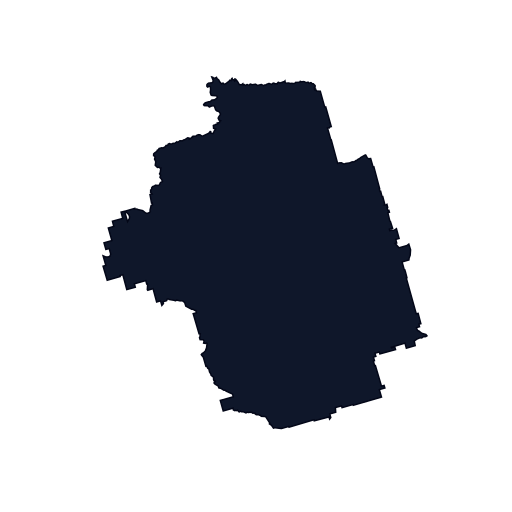 Blayney, New South Wales, Australia, rotated 65°
{"feature_id": "25037944B69063028114827", "entity_name": "Blayney", "entity_type": "district", "adm_level": 2, "iso_a3": "AUS", "parent_name": "Australia", "parent_adm1": "New South Wales", "projection": "robinson", "projection_center": [148.985, -33.617], "detail": "fine", "context": "isolated", "style": "filled", "palette": "ink", "viewbox_px": 512, "rotation_deg": 65, "n_neighbors": 0, "source": "geoboundaries", "source_scale": "gbopen_adm2", "svg_char_len": 6107}
<svg xmlns="http://www.w3.org/2000/svg" viewBox="0 0 512 512"><g transform="rotate(65 256 256)"><path d="M400.6,134.8L398.9,135.2L396.0,138.5L392.7,140.1L392.1,140.9L390.5,141.1L388.7,140.8L389.2,137.7L386.6,137.2L387.0,135.2L376.5,133.3L376.1,135.2L339.4,129.1L339.5,128.4L333.7,127.3L331.4,127.0L331.3,127.5L323.1,126.1L324.2,119.1L322.7,118.2L320.4,115.9L315.7,113.3L309.8,112.5L310.3,114.8L309.0,122.9L303.4,124.6L303.7,123.0L300.0,122.3L300.6,118.9L290.6,117.2L291.0,119.5L290.9,120.6L290.0,122.0L289.6,124.1L288.0,123.8L288.6,120.5L281.5,119.6L280.6,119.9L272.5,118.2L272.7,116.6L270.8,116.3L270.6,117.3L267.4,116.7L267.5,116.1L264.5,115.5L264.7,117.0L264.0,118.0L263.9,117.5L255.7,116.0L255.5,116.7L250.1,115.7L250.0,116.3L247.3,115.9L247.3,115.5L225.0,111.5L224.9,112.3L216.1,110.9L215.8,111.6L215.8,112.5L214.3,113.7L211.7,113.8L211.0,114.1L211.2,113.5L210.6,114.2L211.0,119.5L211.5,121.0L211.4,122.4L211.9,124.2L211.7,125.2L212.1,125.8L211.9,127.2L212.1,127.7L211.3,129.0L211.2,131.9L210.0,135.6L209.9,137.4L207.6,139.2L206.7,141.4L206.6,142.9L182.6,138.7L182.5,139.1L170.1,137.1L170.4,136.1L170.9,135.6L170.2,134.2L170.5,133.1L150.4,129.8L150.3,130.7L148.2,130.5L133.8,128.1L132.5,130.8L131.7,131.5L130.7,131.5L130.3,132.5L129.3,132.6L129.0,131.3L127.8,131.8L127.4,130.8L126.5,130.4L124.1,131.3L123.5,132.4L122.2,132.8L121.9,133.5L122.0,134.9L120.5,135.3L120.0,137.5L118.7,138.3L118.0,139.2L117.4,141.1L116.4,142.1L117.0,143.0L115.4,146.8L116.0,147.6L115.3,149.8L114.7,150.3L114.2,151.9L113.0,153.3L112.0,155.9L111.5,156.3L109.6,155.8L109.9,156.5L109.6,158.0L110.0,158.7L109.6,159.0L109.3,161.4L108.1,162.1L108.0,162.7L109.0,164.2L108.3,164.9L107.9,166.2L106.8,166.7L106.6,167.9L107.1,169.3L105.1,171.3L104.9,174.0L105.2,174.7L104.7,175.8L104.8,177.1L102.8,178.7L102.1,182.5L100.1,183.8L99.2,187.0L97.8,188.4L97.8,188.9L98.5,190.1L96.8,191.6L96.9,193.6L95.6,194.3L95.8,195.4L94.3,195.1L94.7,196.9L93.5,198.7L90.0,199.0L87.0,199.8L86.7,200.3L88.2,200.6L88.5,201.4L87.1,201.5L86.2,202.7L84.9,202.6L85.1,203.2L86.5,204.5L85.6,205.4L86.4,207.0L86.6,208.8L87.0,209.6L87.0,212.3L85.3,212.8L85.4,214.5L82.6,215.3L80.6,215.4L78.7,216.4L77.4,216.3L77.5,218.0L76.8,219.3L75.8,219.6L75.1,220.4L78.7,220.6L80.0,221.4L80.4,222.7L79.3,225.9L79.5,227.2L80.1,228.2L81.6,228.8L82.5,228.4L82.4,226.5L83.6,225.9L86.2,226.9L88.3,228.3L91.1,228.7L91.9,228.1L94.0,224.3L94.9,223.8L96.0,224.0L96.6,225.6L96.9,227.6L96.0,230.1L96.8,232.2L96.2,233.8L95.7,237.3L96.5,239.4L96.9,239.6L97.9,239.3L99.5,236.1L101.3,235.3L101.3,233.0L101.8,231.1L102.8,230.4L106.4,230.8L108.0,230.2L109.3,228.6L112.0,228.1L112.6,228.4L114.5,231.5L115.3,232.1L116.5,231.7L116.8,232.2L117.2,232.0L118.5,230.9L119.0,232.3L119.6,232.7L119.1,234.9L120.2,235.0L119.7,237.1L119.9,238.1L119.6,239.0L119.7,239.5L122.4,240.5L123.9,238.9L125.1,241.1L126.9,243.0L125.6,245.1L124.2,244.5L123.8,244.9L124.8,247.0L124.8,253.7L124.4,254.4L122.4,255.6L121.7,257.0L121.6,258.7L122.0,260.0L120.8,262.5L121.0,263.3L121.7,263.4L121.4,264.2L122.1,266.9L122.0,267.2L120.8,266.8L120.0,268.0L120.5,271.3L120.2,272.8L120.6,273.8L119.4,276.3L119.9,278.4L119.8,279.0L119.0,279.4L119.6,282.1L118.8,283.5L118.8,285.7L117.5,286.9L117.5,288.3L118.4,289.3L117.8,290.8L118.6,292.0L118.8,294.8L118.1,295.5L117.6,298.4L118.5,299.6L118.4,300.7L119.3,301.7L119.7,304.1L120.2,305.6L121.8,306.4L122.6,305.7L123.7,305.7L125.3,307.0L128.2,307.0L131.2,309.0L134.1,307.9L134.6,306.3L135.5,306.0L136.0,305.0L139.7,307.4L140.8,308.7L142.4,308.3L144.2,309.8L146.2,309.2L148.9,309.2L149.1,309.7L149.0,311.1L149.3,311.9L150.7,313.4L150.8,314.6L149.3,317.3L149.6,318.2L149.4,320.4L150.1,321.7L151.2,322.2L151.8,323.7L152.7,323.8L153.5,324.6L155.9,324.0L155.5,326.1L163.8,328.3L163.9,327.6L165.9,328.2L165.9,329.7L169.7,332.7L170.7,332.8L171.6,334.1L171.5,336.1L170.7,337.7L167.0,339.5L163.9,343.5L163.1,344.1L162.4,345.9L161.6,345.7L160.2,354.8L161.6,355.0L164.0,354.0L165.7,353.8L167.3,354.1L168.6,355.0L170.6,357.9L159.9,356.2L159.2,359.7L165.6,360.9L163.8,371.4L169.1,372.4L168.2,378.0L181.1,380.1L179.8,388.2L186.6,389.3L187.2,385.9L193.0,386.9L194.5,388.6L194.4,390.4L193.4,392.5L191.2,394.5L201.1,396.1L200.6,398.9L215.1,401.1L217.2,387.8L216.1,387.7L216.7,384.6L231.8,387.3L233.3,378.6L229.8,378.0L231.7,366.3L235.2,366.9L235.3,366.2L236.3,366.4L240.5,368.7L241.3,368.6L242.1,363.1L255.7,365.5L256.3,361.5L261.0,362.2L260.0,360.0L258.2,359.7L258.7,355.9L257.6,354.8L257.7,353.6L258.7,353.1L261.5,349.0L262.5,348.0L262.4,347.1L262.7,346.6L262.5,346.4L264.5,343.9L265.5,341.6L268.0,340.3L271.8,340.8L277.1,336.8L277.8,335.5L279.4,334.5L279.9,333.6L282.3,334.0L281.7,337.3L302.5,340.5L303.0,339.4L305.9,341.2L306.1,341.7L308.2,342.0L309.7,339.1L311.2,339.0L312.8,340.3L313.9,338.8L313.7,337.9L314.6,337.3L319.2,340.2L319.2,340.7L320.5,341.7L321.5,344.3L321.6,346.0L322.3,347.3L324.5,346.8L324.6,346.4L334.8,348.0L335.0,347.2L337.2,347.2L338.0,346.8L338.1,346.4L341.4,347.1L344.0,346.8L345.1,347.1L348.0,345.7L349.8,346.6L351.2,346.8L351.5,346.7L351.7,345.8L352.6,345.8L353.3,347.7L354.8,347.3L357.8,345.2L359.9,345.4L361.2,343.7L364.0,341.9L364.7,340.6L365.9,340.2L371.2,335.6L374.0,336.1L371.8,349.4L382.6,351.2L384.2,341.1L385.9,341.6L387.2,340.6L387.4,339.5L387.9,339.0L388.0,337.8L389.7,337.5L390.3,336.9L390.1,335.6L391.1,334.9L391.8,333.3L394.0,331.4L393.8,330.2L394.8,328.7L395.0,327.5L395.5,326.9L395.8,325.9L396.9,325.6L398.1,323.3L398.8,323.5L399.8,322.9L400.4,322.1L400.6,321.0L401.7,320.2L402.1,319.4L403.5,319.0L405.3,315.7L405.9,315.1L413.2,314.1L413.8,314.8L416.0,313.5L419.4,312.9L419.6,311.5L423.1,305.9L424.3,298.3L425.1,298.4L428.9,272.7L430.0,272.9L432.7,257.9L434.9,258.2L434.0,256.5L430.3,255.9L431.3,249.8L426.9,248.1L428.0,241.8L429.8,242.1L431.6,230.8L432.4,230.9L436.9,201.9L429.2,200.7L430.1,195.0L427.4,194.6L427.0,197.3L405.8,194.1L405.7,194.9L400.7,194.0L400.9,192.9L397.2,192.3L397.6,189.8L394.4,189.3L395.1,184.8L397.1,185.1L399.8,169.1L397.1,168.7L396.6,172.0L395.9,172.0L397.9,157.8L403.1,158.7L404.5,149.6L399.9,148.5L399.3,145.0L399.4,142.1L400.3,140.4L399.9,138.5L400.8,136.3L400.6,134.8Z" fill="#0f172a" stroke="#020617" stroke-width="1.5"/></g></svg>